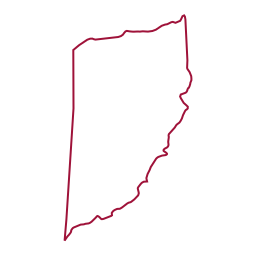 SVG path tracing the border of Cayo
{"feature_id": "BLZ-1324", "entity_name": "Cayo", "entity_type": "District", "adm_level": 1, "iso_a3": "BLZ", "parent_name": "Belize", "parent_adm1": "", "projection": "orthographic", "projection_center": [-88.805, 16.941], "detail": "fine", "context": "isolated", "style": "outline", "palette": "rose", "viewbox_px": 256, "rotation_deg": 0, "n_neighbors": 0, "source": "natural_earth", "source_scale": "10m", "svg_char_len": 1967}
<svg xmlns="http://www.w3.org/2000/svg" viewBox="0 0 256 256"><path d="M64.6,240.6L66.4,219.4L70.1,161.7L73.5,108.5L73.3,50.0L79.2,45.1L87.3,39.7L90.1,38.7L92.3,38.6L93.8,39.2L95.4,39.6L118.2,37.0L120.9,36.1L122.9,34.7L124.1,33.0L125.5,31.4L126.8,30.9L129.8,31.4L133.2,31.7L137.9,31.5L139.9,31.6L142.7,31.3L148.0,31.6L152.4,31.0L155.9,29.7L161.7,25.8L165.0,24.6L167.3,24.2L171.3,22.2L172.8,21.9L175.5,22.8L180.2,20.8L181.3,18.8L182.5,16.2L184.1,15.4L184.9,16.6L185.4,19.4L187.4,60.3L187.1,67.9L187.4,68.9L189.6,72.1L191.2,76.1L191.4,78.3L191.4,80.2L190.4,82.7L190.2,84.1L189.5,86.3L189.0,87.4L188.7,87.9L188.2,88.1L187.9,88.7L187.5,89.4L187.3,90.4L186.7,91.7L186.3,92.1L185.8,92.6L185.2,92.9L180.8,94.5L180.1,96.5L180.9,98.3L183.7,102.9L186.4,105.3L187.8,106.7L187.7,108.5L186.8,109.4L185.7,110.1L185.0,111.1L183.0,115.2L181.9,118.5L180.6,120.9L179.4,122.6L177.1,124.3L176.2,125.2L174.8,127.5L168.9,134.1L168.6,135.1L168.6,136.0L168.8,136.8L168.7,138.0L168.3,140.8L168.2,141.9L168.5,144.5L168.4,145.5L168.0,146.4L167.5,147.0L166.8,147.6L165.0,148.5L163.8,149.5L163.5,150.2L163.7,151.0L166.3,152.8L167.0,153.7L166.9,154.3L166.3,154.8L165.5,155.1L162.0,155.6L158.2,157.0L157.2,157.7L156.2,158.6L150.8,167.0L149.6,170.1L147.6,174.0L146.4,178.0L146.5,178.9L147.1,181.5L143.8,181.7L142.3,182.5L141.7,182.9L140.6,184.1L138.5,186.8L137.9,187.8L137.8,188.7L138.6,192.1L138.8,193.2L138.2,195.3L134.3,199.4L131.1,201.9L130.2,202.3L128.6,202.7L127.2,203.5L122.0,207.5L120.2,208.6L119.0,208.9L118.1,208.8L116.9,209.0L114.7,210.0L113.5,210.8L112.7,211.6L111.8,212.9L111.8,213.6L112.0,215.3L111.2,215.9L103.5,218.9L102.4,219.1L101.5,219.1L100.9,218.7L99.6,217.3L98.9,216.7L98.3,216.3L97.4,216.0L96.9,216.3L95.6,217.8L91.6,221.7L90.0,222.8L88.7,223.4L85.4,223.8L84.0,224.3L83.3,224.4L80.7,224.6L73.7,227.5L72.8,228.1L72.0,229.1L71.4,230.0L71.2,230.5L71.1,231.5L70.8,232.3L70.2,233.2L68.9,234.9L67.9,235.9L66.8,237.3L64.6,240.6Z" fill="none" stroke="#9f1239" stroke-width="2"/></svg>